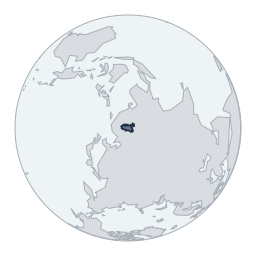 globe centered on Hubei, rotated 174°
{"feature_id": "CHN-1807", "entity_name": "Hubei", "entity_type": "Province", "adm_level": 1, "iso_a3": "CHN", "parent_name": "China", "parent_adm1": "", "projection": "orthographic", "projection_center": [112.208, 31.166], "detail": "fine", "context": "on_globe", "style": "filled", "palette": "slate", "viewbox_px": 256, "rotation_deg": 174, "n_neighbors": 0, "source": "natural_earth", "source_scale": "10m", "svg_char_len": 13688}
<svg xmlns="http://www.w3.org/2000/svg" viewBox="0 0 256 256"><g transform="rotate(174 128 128)"><circle cx="128" cy="128" r="113" fill="#eef3f6" stroke="#a8b0b8"/><path d="M228.2,175.8L228.0,176.4L228.0,176.6L228.2,175.8ZM197.7,39.5L190.9,34.9L190.7,34.5L188.6,33.3L188.8,33.9L189.4,34.7L182.5,33.8L181.9,38.5L185.4,42.1L181.7,40.0L191.0,48.5L193.1,53.8L188.4,46.6L186.1,45.1L186.4,47.9L184.1,46.9L183.0,47.9L180.2,46.6L177.7,42.9L175.9,42.1L176.2,44.2L173.7,44.5L173.5,41.5L169.0,41.8L164.0,36.3L165.8,30.5L160.7,27.5L156.5,22.1L154.6,22.1L151.7,20.4L148.5,19.8L148.6,19.3L145.9,19.3L146.4,20.0L145.4,20.3L143.5,20.1L143.4,19.2L144.3,19.2L143.3,18.9L144.0,18.6L142.6,18.6L142.6,17.9L139.8,18.4L137.5,17.6L138.3,17.2L141.8,17.5L152.4,18.4L154.3,18.6L153.4,18.3L151.6,17.9L159.9,20.0L168.0,22.7L175.9,26.0L183.5,30.0L190.7,34.5L197.7,39.5ZM138.6,15.9L138.9,15.9L137.4,15.8L137.4,16.0L133.5,15.7L129.7,15.5L129.5,15.4L129.2,15.4L138.6,15.9ZM127.0,15.4L124.9,15.4L123.5,15.4L127.0,15.4ZM234.5,94.7L233.6,92.8L234.0,93.0L234.5,94.7ZM233.1,92.3L233.4,92.8L233.2,92.5L233.1,92.3ZM233.0,92.6L233.1,92.4L233.1,92.9L233.0,92.6ZM232.9,93.3L232.9,92.8L233.0,93.0L232.9,93.3ZM232.5,93.7L232.3,93.7L232.2,93.0L232.5,93.7ZM190.0,35.2L189.0,34.1L189.7,34.0L190.8,35.0L190.0,35.2ZM188.4,35.9L187.3,34.9L189.8,35.9L189.6,36.1L188.4,35.9ZM188.5,45.0L188.1,43.6L189.3,45.4L188.5,45.0ZM183.3,48.2L184.1,49.0L183.2,49.2L183.3,48.2ZM139.5,16.2L138.5,16.1L139.0,16.1L139.5,16.2ZM140.5,16.4L141.9,16.5L142.5,16.7L141.7,16.6L140.5,16.4ZM178.1,47.5L176.3,47.7L177.7,46.8L178.1,47.5ZM138.6,16.4L143.5,16.9L144.7,17.2L142.4,17.4L138.6,16.4ZM175.0,47.4L170.6,48.3L172.1,50.0L165.4,46.0L171.3,46.4L172.8,44.9L173.3,46.5L175.0,47.4ZM147.4,20.3L146.8,19.6L149.0,20.4L147.4,20.3ZM149.1,20.8L157.4,23.4L157.4,24.5L154.6,23.3L155.9,25.1L151.8,24.3L150.1,23.2L151.0,22.5L148.8,22.8L149.1,20.8ZM162.4,43.7L161.0,43.5L162.0,43.1L162.4,43.7ZM145.1,20.5L146.8,20.8L146.9,21.8L143.6,21.3L144.6,21.1L145.1,20.5ZM158.3,26.1L157.8,26.8L154.3,26.4L153.6,26.7L151.7,24.4L158.3,26.1ZM143.6,20.8L141.8,21.1L140.1,20.5L143.5,20.2L143.6,20.8ZM148.4,22.3L148.2,22.7L147.2,22.3L148.4,22.3ZM132.9,18.9L134.9,19.1L135.1,19.5L132.9,18.9ZM141.3,21.2L141.9,21.4L142.2,21.7L140.7,21.8L141.3,21.2ZM149.4,24.4L148.0,24.1L150.0,25.2L147.5,25.1L146.6,23.7L145.9,24.3L145.1,24.2L145.4,23.2L149.4,24.4ZM140.1,22.7L138.2,21.2L134.4,20.6L134.1,20.1L140.3,21.1L140.1,22.7ZM143.2,23.0L141.2,22.7L141.8,22.1L143.6,22.1L143.2,23.0ZM146.0,25.6L150.1,26.1L150.2,26.4L146.0,25.6ZM138.9,22.6L139.4,23.0L138.5,22.6L138.9,22.6ZM143.7,24.7L145.1,24.8L145.1,25.2L143.7,24.7ZM139.1,23.8L138.5,23.2L139.7,23.1L139.1,23.8ZM141.1,24.3L140.8,24.7L140.5,23.4L141.8,24.3L141.1,24.3ZM143.5,25.0L143.9,25.3L142.9,24.9L143.5,25.0ZM135.1,24.7L134.4,23.0L137.0,22.7L137.3,24.3L135.1,24.7ZM45.0,51.9L44.1,52.8L40.6,59.3L39.6,61.1L36.4,64.4L30.9,76.7L33.4,75.2L32.0,84.4L33.4,88.4L40.3,81.7L38.0,74.9L41.2,69.9L45.9,72.0L48.4,78.5L49.8,76.8L51.2,69.8L54.9,68.7L52.1,67.2L50.9,69.8L49.1,69.0L50.1,66.7L51.3,66.4L51.4,63.9L45.4,66.9L43.6,69.7L42.0,66.0L38.9,70.6L37.3,71.0L42.1,63.5L44.0,61.8L50.4,52.6L48.2,53.9L42.1,62.9L42.6,61.4L39.7,63.8L42.4,60.7L49.6,51.0L50.3,48.2L45.7,51.2L46.6,50.2L55.2,42.1L57.9,39.9L53.8,44.2L56.2,42.6L61.6,38.3L59.9,40.1L61.6,39.0L60.5,40.7L63.5,40.4L63.1,42.1L68.6,39.6L69.1,40.2L65.7,41.4L63.1,43.3L62.5,48.1L63.7,48.3L67.3,46.4L66.7,48.2L70.3,45.8L72.1,48.0L72.9,43.5L77.2,41.7L80.7,41.9L82.2,40.6L76.6,40.3L74.2,40.9L71.9,42.7L65.6,44.4L64.8,43.4L72.0,38.9L71.7,37.1L77.4,34.8L89.2,36.5L91.9,38.7L87.1,46.2L84.0,46.6L84.1,43.9L80.0,48.0L82.3,46.9L81.8,48.5L85.7,47.5L85.6,48.7L89.6,46.0L89.9,47.3L87.3,48.9L93.4,49.1L95.0,51.7L96.5,51.2L97.6,50.0L99.0,54.3L100.0,53.8L99.9,52.1L101.9,50.1L105.9,48.4L106.2,50.0L104.7,50.8L102.2,55.2L98.4,57.4L98.9,57.9L102.3,56.4L105.4,51.0L107.7,49.6L106.7,52.0L107.3,51.0L108.5,50.8L110.0,52.2L111.3,49.5L124.7,46.1L128.9,48.8L126.5,51.1L136.1,51.5L140.1,55.1L140.0,53.5L144.6,53.0L143.4,51.8L143.7,51.0L154.9,50.0L157.7,51.3L162.5,49.6L162.4,48.9L160.6,47.8L165.4,46.0L172.1,50.0L171.8,51.4L176.2,53.2L175.0,56.4L176.0,60.1L172.1,62.9L173.3,65.8L174.9,66.3L177.6,70.8L177.7,79.2L170.7,70.5L169.1,58.9L169.1,63.3L167.0,61.8L165.8,63.2L166.0,66.5L167.3,67.2L157.0,71.3L153.3,80.3L158.6,80.0L161.6,83.0L162.1,94.5L150.9,109.6L154.8,114.9L154.8,118.3L150.9,120.2L150.8,115.2L147.2,113.3L147.7,110.4L141.5,112.3L141.9,108.3L136.9,112.0L138.4,115.4L143.8,114.9L139.2,120.3L144.1,126.3L144.3,133.1L134.7,144.3L125.4,147.1L124.7,149.1L121.3,146.4L116.3,150.0L122.5,162.3L122.2,165.5L114.3,170.8L114.2,168.4L105.0,161.1L103.0,168.6L110.0,176.0L112.4,183.5L106.9,180.5L104.5,173.8L101.3,171.0L102.3,164.5L100.0,153.8L94.5,154.6L95.1,150.6L91.1,141.0L83.3,141.7L70.8,149.2L68.7,159.1L64.5,162.1L60.3,145.2L61.2,134.7L57.9,134.3L55.0,123.3L45.1,116.4L45.2,113.2L43.0,113.1L41.2,108.2L41.9,103.2L40.1,101.8L38.5,115.1L40.6,116.6L44.5,114.5L43.5,118.6L45.4,124.3L37.8,129.8L25.6,127.6L26.9,119.7L30.9,93.7L32.2,92.0L32.4,91.7L32.6,91.2L30.3,93.8L31.9,89.0L27.0,105.6L25.0,111.8L25.4,127.8L24.7,128.4L25.6,132.4L31.6,135.5L31.0,137.8L26.6,146.0L20.6,152.8L22.9,164.0L25.0,171.9L24.6,172.6L21.6,165.1L19.2,157.3L17.4,149.5L16.2,141.5L15.5,133.4L15.4,125.3L15.9,117.2L16.9,109.2L18.6,101.3L20.8,93.5L23.5,85.9L26.8,78.5L30.6,71.4L34.9,64.5L39.7,58.0L45.0,51.9ZM48.5,90.2L51.7,94.1L54.8,87.4L56.3,88.5L56.8,86.0L55.0,86.9L56.9,80.4L59.9,80.6L61.9,78.1L60.9,76.7L55.0,77.5L52.2,86.7L49.6,88.0L48.5,90.2ZM72.1,32.4L70.3,33.7L68.5,34.3L69.1,33.0L71.6,32.0L72.1,32.4ZM68.0,35.5L75.0,31.9L75.0,32.8L73.8,32.8L73.1,33.8L71.0,34.2L64.1,38.9L62.1,39.9L64.3,36.5L64.7,36.9L66.5,35.5L68.0,35.5ZM93.0,23.6L96.0,22.7L91.9,25.7L89.6,26.2L90.0,24.7L93.0,23.3L93.0,23.6ZM133.6,16.8L135.0,16.8L135.0,17.0L133.9,17.1L133.6,16.8ZM133.8,18.9L127.4,17.2L128.7,17.0L123.4,16.6L124.8,16.1L128.2,16.3L125.3,15.8L128.9,15.8L126.5,15.5L133.9,16.1L137.0,16.4L133.0,16.3L131.7,16.7L132.0,16.9L135.4,17.9L141.5,18.9L141.1,19.8L139.2,20.1L137.7,20.0L138.4,19.4L135.9,19.7L135.8,18.8L133.8,18.9ZM117.6,27.4L119.0,26.1L113.9,27.7L113.8,26.3L113.2,26.6L111.6,25.9L108.8,25.5L109.2,24.9L107.9,25.1L106.9,24.7L105.2,24.7L105.4,23.7L103.4,23.7L104.7,23.2L101.2,23.7L103.9,22.9L102.8,22.5L100.7,23.5L106.0,18.9L106.2,18.1L104.8,18.0L109.7,17.1L114.1,16.8L117.6,17.2L116.7,18.3L119.1,17.9L119.4,18.3L117.4,18.5L120.7,18.6L120.4,19.0L123.5,20.3L128.3,20.4L129.6,21.0L127.6,21.2L130.2,21.7L127.2,22.5L128.1,23.0L126.0,24.5L121.5,24.9L122.8,25.4L121.3,26.8L117.6,27.4ZM134.4,25.1L129.2,25.4L126.5,25.0L131.3,22.6L131.0,22.0L133.9,20.8L137.7,21.6L136.5,21.9L136.3,22.3L135.2,21.9L135.8,22.6L134.2,23.0L134.3,23.7L132.5,23.6L134.4,25.1ZM40.6,60.8L40.2,61.9L40.1,63.0L38.3,64.7L40.6,60.8ZM45.5,54.1L45.4,54.6L42.8,57.3L43.2,56.4L45.5,54.1ZM47.7,52.8L45.6,54.5L47.0,53.0L47.7,52.8ZM65.9,41.9L66.1,42.4L65.3,43.0L64.1,43.3L65.9,41.9ZM102.4,33.0L103.7,32.1L104.3,32.2L108.2,31.1L108.6,32.2L106.4,33.3L102.4,33.0ZM38.6,81.9L36.9,82.3L37.3,80.9L37.8,81.0L38.6,81.9ZM36.6,73.0L36.0,76.0L36.1,73.4L36.6,73.0ZM103.5,34.0L105.1,33.3L104.3,34.3L103.5,34.0ZM109.1,32.9L108.6,34.0L109.1,32.2L109.1,32.9ZM77.0,228.4L79.3,229.6L78.0,228.9L77.0,228.4ZM32.3,180.0L35.4,190.9L33.2,188.4L30.6,183.6L27.9,176.1L29.6,176.6L29.8,174.0L32.3,180.0ZM141.1,201.1L144.5,201.5L144.4,201.9L141.1,201.1ZM137.5,199.6L141.4,199.8L136.8,200.5L137.5,199.6ZM142.9,199.8L147.0,199.0L148.7,198.3L148.4,199.2L142.9,199.8ZM134.8,199.6L120.4,198.6L114.7,197.0L116.0,195.6L125.2,196.8L134.8,199.6ZM115.5,195.5L106.9,189.9L95.4,174.3L99.5,175.3L111.6,185.5L110.8,186.8L116.0,191.0L115.5,195.5ZM136.5,188.6L135.7,192.8L127.7,192.0L124.1,191.1L121.6,185.5L123.0,182.8L126.0,183.1L137.6,174.0L141.6,176.5L138.0,180.5L141.3,184.4L136.5,188.6ZM69.1,160.2L71.1,167.0L68.9,167.2L69.1,160.2ZM142.4,167.2L137.6,171.4L142.0,165.7L142.4,167.2ZM145.1,161.6L145.3,163.9L143.5,161.7L145.1,161.6ZM124.5,152.3L121.4,152.6L121.4,150.9L125.4,149.6L124.5,152.3ZM144.4,138.8L144.2,143.8L143.5,145.4L142.2,142.4L144.4,138.8ZM109.4,44.4L103.4,44.5L99.5,45.8L97.7,48.2L97.7,45.1L103.8,43.1L109.4,44.4ZM122.8,45.6L124.3,43.9L125.4,44.8L125.2,45.3L122.8,45.6ZM122.5,44.5L121.2,42.1L123.2,41.3L123.8,43.3L122.5,44.5ZM112.1,37.5L110.3,37.4L111.0,36.6L112.1,37.5ZM173.5,229.5L173.9,228.1L178.2,226.7L175.9,228.5L173.5,229.5ZM207.4,207.9L209.1,206.0L208.1,207.2L207.4,207.9ZM159.5,225.3L137.3,230.8L132.6,230.3L134.0,228.6L130.0,222.8L131.6,222.9L130.8,218.7L143.9,214.7L153.4,206.6L160.6,206.6L166.1,200.3L173.3,199.8L171.0,204.7L178.4,206.3L183.9,195.3L187.8,204.9L192.9,206.9L193.7,212.0L182.8,223.2L177.1,226.2L176.2,225.9L173.7,227.2L170.2,227.7L168.8,225.7L166.3,226.9L168.9,224.5L165.3,226.9L163.6,225.5L159.5,225.3ZM211.1,195.0L212.1,194.7L213.4,195.4L211.9,196.0L211.1,195.0ZM225.8,179.9L226.0,180.2L225.1,181.3L225.8,179.9ZM228.0,176.6L226.9,178.0L228.2,175.8L228.0,176.6ZM216.8,186.5L217.2,186.9L216.8,187.3L216.8,186.5ZM216.4,186.6L217.0,185.2L216.9,186.3L216.4,186.6ZM212.1,183.3L212.7,182.4L213.0,182.8L212.1,183.3ZM149.6,201.4L154.5,198.1L157.1,197.7L149.6,201.4ZM211.3,182.5L209.8,183.0L210.0,182.4L211.3,182.5ZM211.4,181.0L211.3,180.3L212.2,181.8L211.4,181.0ZM208.6,180.3L210.4,181.1L208.4,180.6L208.6,180.3ZM207.4,181.0L206.1,180.8L206.2,180.5L207.4,181.0ZM191.8,186.8L196.9,190.6L192.7,191.6L188.0,189.5L184.3,193.2L175.8,194.2L177.8,192.0L176.7,189.3L167.9,189.3L166.1,187.5L169.2,185.9L163.4,184.9L169.8,183.4L172.4,187.1L176.0,183.6L182.2,183.4L188.2,183.6L192.9,185.4L191.8,186.8ZM169.8,192.1L170.9,192.0L169.9,193.2L169.8,192.1ZM203.5,179.6L205.5,180.8L205.2,181.3L204.3,181.4L203.5,179.6ZM194.1,184.5L199.2,180.0L200.4,179.7L197.0,184.2L194.1,184.5ZM198.0,178.2L200.3,178.0L201.6,179.5L201.1,180.1L198.0,178.2ZM156.7,189.5L156.5,190.6L154.8,189.9L156.7,189.5ZM158.9,188.8L163.9,189.6L158.4,189.7L158.9,188.8ZM143.6,185.3L145.1,188.0L149.7,186.2L146.2,188.7L149.4,192.9L148.3,194.5L145.1,190.0L144.0,194.7L142.0,194.6L140.9,190.6L142.9,185.5L145.0,183.4L153.4,182.4L143.6,185.3ZM158.8,185.6L157.5,182.5L158.5,180.4L159.9,182.0L158.8,185.6ZM153.6,175.1L150.1,171.5L146.9,172.9L153.4,167.6L155.7,172.0L153.6,175.1ZM150.6,167.0L147.6,168.3L150.7,165.2L150.6,167.0ZM146.8,167.0L146.5,164.4L148.9,164.7L146.8,167.0ZM152.2,167.0L152.8,162.5L154.0,165.1L152.2,167.0ZM145.6,158.4L150.6,162.8L144.0,160.9L143.8,152.1L146.6,151.9L145.6,158.4ZM161.7,121.8L161.0,119.2L163.6,118.5L163.3,120.5L161.7,121.8ZM171.3,114.6L164.0,117.5L158.1,120.1L159.9,121.2L158.6,125.7L155.8,121.6L160.0,116.6L164.5,115.5L165.2,111.8L168.5,109.1L167.7,104.5L169.2,102.5L171.2,106.4L171.3,114.6ZM167.2,102.6L167.2,94.6L172.0,95.5L173.1,97.4L171.1,100.7L168.7,100.0L167.2,102.6ZM168.5,93.0L166.2,92.4L161.1,81.0L161.3,78.9L167.7,87.6L165.8,87.5L166.2,90.3L168.5,93.0ZM161.5,44.3L161.1,43.6L162.2,44.2L161.5,44.3ZM143.0,50.4L143.6,49.5L144.9,50.1L143.0,50.4ZM146.1,47.3L144.1,47.2L146.1,46.6L146.1,47.3ZM139.7,47.3L143.2,46.9L140.0,48.3L139.7,47.3Z" fill="#d9dde1" stroke="#a8b0b8" stroke-width="1"/><path d="M124.3,128.6L124.5,128.6L124.5,128.3L124.5,128.1L124.6,127.9L124.5,127.7L124.2,127.3L123.9,127.2L123.7,126.9L123.7,126.7L123.7,126.4L123.8,126.2L123.7,126.1L123.7,125.9L123.5,125.7L123.6,125.2L123.8,125.1L124.0,125.1L124.4,125.2L124.5,125.1L124.6,124.9L124.5,124.7L124.3,124.6L124.2,124.5L123.9,124.5L124.0,124.4L124.0,124.2L123.8,124.1L123.7,124.1L123.6,123.9L123.8,123.8L124.0,123.9L124.3,123.9L124.6,123.9L124.6,124.0L124.8,124.1L125.1,124.0L125.2,123.9L125.3,123.9L125.3,124.0L125.5,124.1L125.8,124.0L125.9,123.9L126.0,123.9L126.0,124.0L126.3,124.3L126.4,124.5L126.6,124.7L126.7,124.9L126.8,125.0L127.0,125.1L127.3,125.3L127.6,125.4L127.7,125.5L127.8,125.5L128.0,125.6L128.4,125.7L128.5,125.6L128.9,125.7L129.1,125.6L129.3,125.6L129.5,125.6L129.8,125.7L130.0,125.8L130.3,125.7L130.5,125.5L130.6,125.8L130.6,126.0L130.6,126.4L130.7,126.5L130.8,126.6L130.9,126.8L131.0,126.8L131.2,126.6L131.4,126.7L131.5,126.8L131.8,126.8L131.9,127.0L132.0,127.2L132.2,127.3L132.3,127.3L132.5,127.3L132.8,127.3L132.9,127.1L133.0,127.1L133.0,127.3L133.2,127.5L133.3,127.5L133.3,127.4L133.3,127.6L133.5,127.7L133.6,127.8L133.8,127.8L134.0,128.0L134.3,128.1L134.4,128.3L134.2,128.4L134.2,128.5L134.0,128.8L134.1,129.0L134.3,129.2L134.3,129.3L134.2,129.4L134.2,129.5L134.3,129.6L134.5,129.7L134.6,130.1L134.7,130.3L134.7,130.5L134.3,130.7L134.2,130.7L133.7,130.5L133.5,130.8L133.4,130.9L133.2,131.0L133.2,130.9L132.9,130.9L133.0,131.0L132.9,131.2L132.7,131.1L132.5,131.3L132.4,131.5L132.3,131.4L132.2,131.5L131.9,131.6L131.7,131.6L131.5,131.8L131.3,131.8L131.2,131.8L130.9,132.1L130.7,132.0L130.5,131.9L130.4,131.8L130.4,131.7L130.5,131.5L130.6,131.4L130.5,131.2L130.5,130.9L130.4,130.9L130.4,130.6L130.2,130.6L129.7,131.2L129.6,131.3L129.4,131.4L129.4,131.2L129.3,131.3L129.2,131.3L129.2,131.1L129.4,130.9L129.4,130.7L129.2,130.9L129.2,130.7L129.0,130.8L128.9,130.9L128.8,131.0L128.6,131.0L128.4,131.0L128.1,131.2L128.0,130.9L127.9,131.0L127.9,130.9L127.5,130.6L127.4,130.5L127.2,130.4L127.1,130.5L126.9,130.5L126.8,130.4L126.6,130.4L126.4,130.2L126.0,130.2L125.8,130.2L125.6,130.1L125.4,130.2L125.2,130.2L125.1,130.3L125.0,130.5L125.2,130.8L124.9,130.9L124.8,131.0L124.7,130.9L124.5,130.7L124.4,130.7L123.9,130.8L123.7,130.9L123.7,131.0L123.4,131.0L123.2,131.2L123.2,131.3L123.1,131.5L122.9,131.7L122.9,131.8L122.9,132.0L122.6,131.8L122.5,131.6L122.4,131.5L122.4,131.4L122.3,131.2L122.3,130.9L122.1,130.8L122.0,130.7L121.9,130.5L121.7,130.7L121.7,130.4L121.8,130.2L121.7,129.9L121.8,129.7L121.6,129.5L121.5,129.4L121.6,129.2L121.9,129.2L122.0,129.1L122.4,129.1L122.5,129.0L122.8,129.1L123.0,129.0L123.3,129.0L123.4,128.9L123.5,129.0L123.6,128.9L123.7,128.7L123.8,128.6L124.1,128.5L124.3,128.6Z" fill="#64748b" stroke="#1e293b" stroke-width="1.5"/></g></svg>